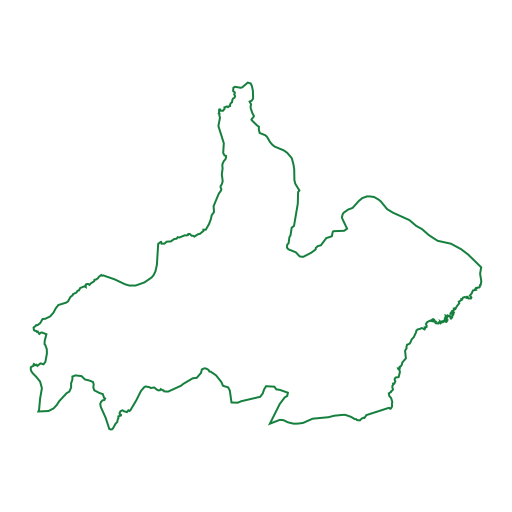 Xay, Oudômxai, Laos
{"feature_id": "54806243B51334446972135", "entity_name": "Xay", "entity_type": "district", "adm_level": 2, "iso_a3": "LAO", "parent_name": "Laos", "parent_adm1": "Oudômxai", "projection": "natural_earth1", "projection_center": [101.969, 20.735], "detail": "fine", "context": "isolated", "style": "outline", "palette": "green", "viewbox_px": 512, "rotation_deg": 0, "n_neighbors": 0, "source": "geoboundaries", "source_scale": "gbopen_adm2", "svg_char_len": 6027}
<svg xmlns="http://www.w3.org/2000/svg" viewBox="0 0 512 512"><path d="M269.9,423.7L279.7,419.9L283.3,420.1L287.9,422.3L293.6,423.7L298.2,423.6L303.1,422.9L312.6,418.7L328.5,417.2L334.4,415.7L342.6,414.9L345.4,414.9L350.9,416.8L354.8,419.1L356.2,419.2L357.1,420.1L359.9,420.4L361.7,418.6L363.6,417.7L364.4,418.0L366.4,415.1L388.7,407.9L389.7,408.1L390.2,408.8L390.9,408.5L392.1,406.4L391.9,404.0L392.3,402.0L391.1,398.0L389.3,396.0L388.8,393.4L391.0,392.0L391.0,391.4L392.6,390.3L393.0,389.3L392.4,387.8L392.4,385.9L393.2,384.6L393.1,383.7L394.3,383.7L395.3,381.2L394.6,379.6L394.9,378.4L395.8,377.5L398.6,377.1L399.9,372.2L399.5,369.8L398.3,369.1L398.0,368.3L399.9,367.9L399.7,366.7L400.9,366.2L401.9,364.5L402.3,362.5L405.9,358.3L405.1,351.3L405.2,350.4L406.6,348.3L406.4,347.1L407.1,344.7L409.3,343.9L410.3,342.7L411.7,339.4L413.8,337.1L416.1,332.2L416.4,330.5L417.7,329.4L420.1,328.9L421.4,328.1L422.3,328.2L424.5,329.4L425.2,328.3L424.8,327.3L426.5,327.0L426.7,325.7L425.9,324.1L427.2,322.1L429.7,320.8L432.1,321.2L431.3,320.2L432.0,319.8L432.7,320.3L432.7,319.3L433.1,319.1L434.3,319.9L434.6,320.5L433.9,320.7L434.3,321.4L435.8,321.7L435.3,322.5L435.7,323.2L438.3,323.5L438.6,322.4L439.3,322.2L440.3,323.2L440.7,322.5L440.4,321.6L441.6,322.5L442.0,321.5L443.0,321.9L443.2,321.0L444.0,320.7L444.5,321.1L444.7,319.8L445.7,321.7L446.4,321.9L447.5,320.2L447.4,319.5L446.8,319.1L445.9,320.0L446.0,319.2L445.1,318.6L445.7,317.7L445.7,316.8L447.0,317.5L447.3,317.1L445.7,316.2L445.6,315.6L447.0,316.3L447.6,315.4L449.0,316.2L449.6,315.8L450.3,316.3L450.6,318.2L451.0,318.6L452.2,317.3L452.1,316.1L453.2,314.8L453.9,312.5L453.4,312.4L452.8,313.3L451.0,313.9L450.5,313.9L450.5,313.4L451.5,312.0L452.7,311.6L452.3,311.0L453.8,310.2L453.8,308.5L454.7,308.3L455.4,308.9L456.8,306.3L459.3,303.2L458.8,301.7L461.8,299.8L461.4,299.1L462.4,298.9L462.9,297.7L464.7,297.0L466.5,297.8L466.8,296.8L467.6,296.8L468.5,298.5L471.0,298.4L471.4,297.4L469.9,295.5L471.7,293.4L472.9,290.5L475.8,289.9L475.2,289.1L475.9,288.0L477.0,288.2L477.3,287.6L479.2,287.5L479.9,286.6L479.9,285.2L480.7,284.9L481.3,281.2L480.1,273.7L481.2,267.3L468.1,254.5L461.0,249.1L450.9,243.7L437.6,240.8L428.7,235.0L422.0,229.1L416.2,225.9L409.4,220.1L393.0,212.7L387.1,209.1L380.8,201.4L378.6,199.6L374.1,197.0L369.7,196.4L367.0,196.4L362.3,198.1L358.9,200.9L352.6,207.9L348.1,209.6L343.7,212.7L342.7,214.1L341.9,217.3L342.4,218.9L347.1,228.7L344.1,230.8L333.4,231.2L332.7,232.1L331.8,236.3L326.3,238.1L320.9,245.3L317.8,246.1L315.8,247.9L315.6,249.5L311.1,252.8L303.3,256.8L301.4,256.7L299.7,256.4L295.8,252.3L288.4,249.3L287.0,247.7L287.2,244.7L288.6,243.2L289.4,237.3L290.5,235.4L291.7,227.7L294.0,225.9L297.8,203.6L298.1,192.1L299.4,190.5L295.3,183.8L294.4,180.2L294.2,169.1L293.4,164.2L291.8,158.2L287.2,152.8L283.8,150.4L274.7,146.6L272.3,144.7L270.0,142.0L267.0,136.8L265.2,135.2L259.7,133.0L258.8,129.5L258.9,126.7L256.8,125.2L251.6,120.1L251.4,119.5L253.7,116.7L253.9,115.8L252.5,113.5L250.9,108.9L250.5,107.1L251.1,104.3L249.6,101.6L251.8,100.6L253.1,98.5L252.9,90.7L251.8,85.8L250.7,83.5L247.8,82.6L242.4,87.2L240.9,87.8L235.0,86.8L233.4,87.7L233.1,91.0L234.7,92.3L234.9,93.0L234.2,94.3L235.1,96.1L234.5,97.7L233.0,98.6L232.3,100.1L232.0,102.3L230.7,103.3L230.1,104.5L230.1,106.0L229.2,106.2L228.0,107.2L227.0,106.4L224.4,107.4L224.6,108.8L222.9,110.8L220.6,110.6L220.0,109.4L219.2,109.5L219.0,110.9L219.4,111.6L218.7,113.5L219.5,113.9L219.4,115.7L220.0,117.6L218.4,126.0L223.8,143.2L223.2,153.0L224.5,155.4L226.0,155.9L226.1,157.0L225.5,159.2L223.9,161.0L222.6,163.6L222.3,165.5L222.6,168.6L221.8,174.3L222.7,181.3L221.7,184.5L220.7,185.9L220.5,187.1L221.3,189.1L221.2,190.3L218.8,193.6L213.6,206.1L214.0,212.0L211.7,215.2L210.8,219.3L209.0,224.1L205.8,229.7L203.4,229.7L203.5,230.9L200.0,233.8L197.9,234.3L194.4,236.6L193.2,235.8L191.6,235.7L189.8,234.0L188.3,234.0L188.0,235.0L186.7,235.4L184.8,235.3L179.4,237.5L177.6,237.2L176.6,238.7L174.2,239.0L170.9,241.4L166.6,241.7L164.4,243.7L161.6,243.7L161.1,241.9L160.6,242.0L158.2,243.9L156.9,264.7L155.5,271.2L153.6,275.1L151.7,277.4L144.5,282.4L135.7,285.5L129.2,285.5L125.1,284.3L114.5,279.3L103.2,275.4L102.1,275.7L101.3,275.0L98.9,276.8L98.0,278.2L96.1,279.5L94.5,279.8L94.2,281.2L90.5,283.6L89.5,284.9L88.0,283.9L86.3,284.2L85.7,284.8L85.8,287.1L84.5,286.3L80.2,288.0L79.0,290.4L77.5,290.8L76.5,292.5L73.0,294.2L72.6,295.3L70.4,297.0L68.0,301.4L66.0,302.7L58.4,305.0L55.7,308.4L53.5,312.6L50.2,316.4L45.2,318.8L42.6,319.0L40.2,323.1L37.6,325.1L36.2,325.1L35.6,326.0L33.6,327.5L33.9,330.0L34.5,330.6L36.1,330.9L36.9,331.9L37.7,331.5L39.3,333.9L41.0,332.6L41.9,332.5L46.4,334.2L44.7,340.8L44.5,344.1L45.3,345.0L46.8,349.2L46.9,353.6L45.4,361.8L43.5,364.3L40.5,363.4L37.4,365.9L36.5,364.8L35.7,365.2L33.9,364.0L33.5,364.7L33.7,365.7L30.9,367.1L30.7,369.0L31.3,371.2L32.6,373.1L36.4,377.0L40.1,381.6L41.9,388.2L40.1,398.6L39.1,409.5L38.4,411.5L48.5,411.0L53.6,408.4L56.9,404.8L59.2,401.2L66.6,393.2L69.3,391.6L71.1,387.6L71.1,383.3L72.4,379.5L72.4,376.5L75.5,375.4L81.5,376.1L85.0,379.5L89.3,380.5L93.0,382.0L93.7,384.4L93.3,387.4L94.3,390.3L99.2,392.9L102.8,394.1L104.1,397.9L105.1,398.5L104.4,400.0L102.5,400.4L101.1,401.8L100.2,404.0L100.9,407.2L105.7,417.9L109.3,429.0L110.5,429.4L111.9,429.4L113.1,428.2L115.4,423.9L117.2,422.0L117.8,419.2L118.4,418.3L118.3,416.4L120.9,415.5L121.0,414.8L119.8,414.2L119.5,413.4L120.5,411.2L122.6,410.3L123.8,411.2L126.9,412.1L128.4,410.3L129.5,411.0L130.3,410.4L136.3,400.3L141.0,390.9L144.5,386.9L145.8,386.5L149.2,387.1L150.7,388.0L154.3,387.5L156.6,389.5L158.4,390.4L160.0,390.2L160.8,389.1L162.8,390.4L163.4,390.3L164.3,391.4L168.1,391.6L181.1,385.7L183.1,384.0L192.7,378.3L196.8,377.8L201.0,372.9L201.9,369.4L204.4,368.3L206.5,368.7L208.5,369.9L209.4,371.5L210.8,371.7L216.0,375.3L221.4,382.1L223.0,385.8L228.2,387.4L229.8,390.5L231.5,402.5L237.7,402.7L241.3,401.2L260.2,396.8L262.7,393.5L264.2,389.2L266.1,386.2L274.4,386.7L276.2,389.3L279.9,389.9L287.9,392.7L287.2,396.0L284.8,397.3L279.8,403.9L269.9,423.7Z" fill="none" stroke="#15803d" stroke-width="2"/></svg>